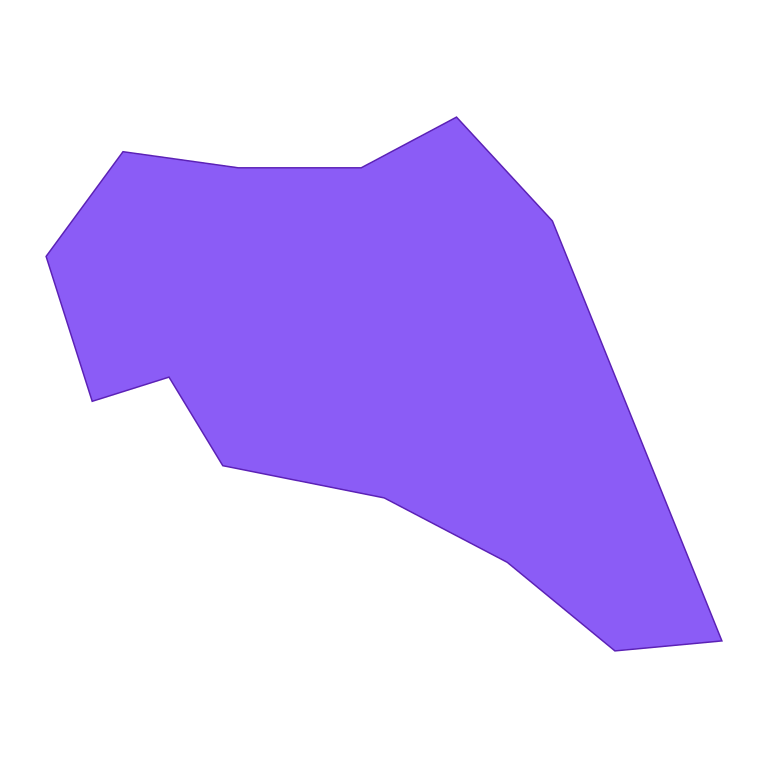 outline of Saint Peter Basseterre
{"feature_id": "KNA-5109", "entity_name": "Saint Peter Basseterre", "entity_type": "Parish", "adm_level": 1, "iso_a3": "KNA", "parent_name": "Saint Kitts and Nevis", "parent_adm1": "", "projection": "albers", "projection_center": [-62.712, 17.32], "detail": "fine", "context": "isolated", "style": "filled", "palette": "violet", "viewbox_px": 768, "rotation_deg": 0, "n_neighbors": 0, "source": "natural_earth", "source_scale": "10m", "svg_char_len": 298}
<svg xmlns="http://www.w3.org/2000/svg" viewBox="0 0 768 768"><path d="M456.5,117.1L552.4,221.0L721.9,640.9L614.9,650.9L507.2,562.3L384.2,497.9L222.8,465.7L169.0,377.1L92.2,401.3L46.1,256.4L123.0,151.7L238.2,167.8L361.2,167.8L456.5,117.1Z" fill="#8b5cf6" stroke="#5b21b6" stroke-width="1.5"/></svg>